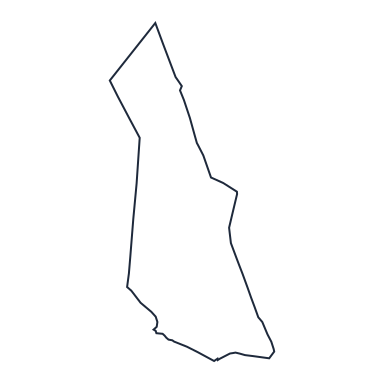 outline of El Mejrya, Tagant, Mauritania
{"feature_id": "47542326B50345645287156", "entity_name": "El Mejrya", "entity_type": "district", "adm_level": 2, "iso_a3": "MRT", "parent_name": "Mauritania", "parent_adm1": "Tagant", "projection": "equal_earth", "projection_center": [-12.048, 17.981], "detail": "fine", "context": "isolated", "style": "outline", "palette": "slate", "viewbox_px": 384, "rotation_deg": 0, "n_neighbors": 0, "source": "geoboundaries", "source_scale": "gbopen_adm2", "svg_char_len": 958}
<svg xmlns="http://www.w3.org/2000/svg" viewBox="0 0 384 384"><path d="M109.8,80.5L117.9,96.7L129.5,118.7L139.7,137.8L136.6,183.6L133.3,218.9L130.3,256.7L128.9,273.5L127.1,287.0L131.4,290.8L140.6,302.8L151.4,311.9L155.7,316.7L157.4,322.0L156.7,326.8L153.6,329.6L155.7,330.9L156.4,333.2L162.6,333.8L164.6,335.6L166.3,337.7L168.5,339.6L172.3,340.3L174.1,341.6L186.9,346.7L197.8,352.2L214.1,361.0L217.5,358.7L217.8,360.0L219.7,358.8L230.0,353.5L232.7,353.1L235.5,352.6L239.7,353.6L245.0,355.1L253.1,356.1L269.2,358.3L274.2,351.6L273.7,349.1L271.3,341.7L267.5,334.4L262.3,322.0L258.3,317.3L254.6,307.0L251.2,297.9L247.7,288.0L242.6,274.0L239.0,264.7L236.5,258.1L230.9,243.1L229.5,231.2L229.1,227.7L232.4,213.7L237.1,194.0L236.9,191.7L223.2,183.0L211.0,177.5L203.3,155.4L197.8,144.7L196.9,143.1L195.0,136.4L189.9,118.0L183.9,100.0L180.0,90.4L181.8,86.1L177.5,79.8L175.6,77.1L163.2,44.3L155.3,23.0L109.8,80.5Z" fill="none" stroke="#1e293b" stroke-width="2"/></svg>